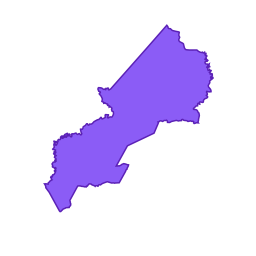 outline of Arizona, Atlántida, Honduras, rotated 222°
{"feature_id": "27666195B1306465468635", "entity_name": "Arizona", "entity_type": "district", "adm_level": 2, "iso_a3": "HND", "parent_name": "Honduras", "parent_adm1": "Atlántida", "projection": "orthographic", "projection_center": [-87.352, 15.642], "detail": "fine", "context": "isolated", "style": "filled", "palette": "violet", "viewbox_px": 256, "rotation_deg": 222, "n_neighbors": 0, "source": "geoboundaries", "source_scale": "gbopen_adm2", "svg_char_len": 5851}
<svg xmlns="http://www.w3.org/2000/svg" viewBox="0 0 256 256"><g transform="rotate(222 128 128)"><path d="M149.6,29.2L149.1,28.6L143.6,27.5L123.5,20.5L122.6,20.4L122.1,20.9L121.9,24.6L121.1,26.0L120.8,27.2L118.5,29.6L118.9,30.2L118.8,31.9L119.7,33.3L120.7,33.7L121.3,34.4L122.4,35.0L122.8,35.4L126.5,51.0L126.4,51.5L124.9,52.9L123.4,53.6L122.3,54.5L120.6,55.4L120.2,56.0L119.6,56.2L119.6,56.5L119.9,57.0L119.3,57.7L119.6,58.3L119.4,59.3L119.6,60.0L119.3,60.7L117.8,61.7L116.8,61.6L114.1,62.7L113.3,62.6L113.3,63.5L112.4,64.5L112.1,64.7L111.7,64.5L111.4,64.6L111.3,64.9L111.6,65.4L111.5,66.6L110.3,67.4L110.2,68.6L109.7,70.0L107.5,74.2L103.3,76.2L102.1,77.5L101.1,78.0L100.5,78.8L97.9,81.4L100.8,94.1L101.4,95.4L101.2,96.8L101.7,97.4L102.4,100.1L103.0,101.0L103.7,100.4L105.5,99.7L107.3,98.7L108.2,96.9L108.5,95.3L109.0,94.2L111.3,91.9L116.5,114.4L105.2,141.6L108.5,151.2L108.9,152.2L109.7,152.5L109.3,153.0L108.9,154.8L108.3,155.4L106.6,156.1L106.2,157.8L105.2,158.6L104.6,159.6L103.7,159.6L102.4,158.6L100.7,160.0L100.0,162.0L97.2,166.0L95.2,167.0L94.6,167.9L93.2,169.3L93.7,170.1L93.3,170.8L92.8,171.1L92.0,171.0L91.4,171.2L89.2,172.8L87.8,173.0L86.2,175.2L85.3,175.4L84.1,176.6L83.3,176.6L82.7,175.7L81.9,175.6L81.5,176.0L80.7,177.7L79.1,178.9L80.0,179.2L80.5,180.5L81.5,181.8L83.3,185.0L85.3,186.6L86.1,186.5L87.8,187.2L88.9,187.4L89.8,187.1L91.6,185.8L91.9,185.8L92.4,186.4L92.1,189.4L92.1,190.1L91.1,191.0L92.4,192.6L92.5,193.1L92.1,193.6L90.9,193.5L90.6,193.7L91.9,194.7L92.1,195.3L91.5,195.9L89.8,196.8L89.4,197.4L89.5,197.9L90.3,198.8L90.5,199.4L90.5,201.0L89.5,203.0L89.4,203.9L89.6,204.4L89.9,204.6L91.6,204.6L91.7,204.9L91.4,205.8L91.5,206.1L92.1,206.6L93.4,207.0L94.0,207.7L93.9,208.1L93.2,208.2L92.3,208.9L91.7,209.2L91.3,210.0L90.6,210.3L90.7,210.7L91.6,211.5L92.8,212.0L95.7,212.4L96.9,213.4L97.5,216.4L98.5,217.3L98.8,217.7L98.5,219.2L98.7,220.0L98.3,220.5L98.2,222.0L98.8,222.4L99.1,222.3L99.4,221.9L99.5,220.9L99.9,220.5L100.2,220.6L100.7,221.6L100.3,222.9L100.5,223.5L101.2,224.2L101.8,224.6L102.2,224.5L102.4,223.5L103.1,223.1L103.7,223.9L104.7,223.8L104.7,224.2L104.4,225.5L104.7,226.3L105.5,225.8L106.5,226.0L106.3,225.3L106.9,224.4L107.9,224.9L108.2,225.6L110.1,225.9L110.2,226.7L108.8,227.0L108.2,228.2L108.4,228.4L109.3,228.5L109.6,228.0L110.4,227.6L110.6,228.2L110.3,228.6L110.1,229.2L110.5,229.9L110.7,228.9L111.7,228.7L112.7,227.8L113.6,227.7L114.6,228.1L114.9,228.4L114.9,228.8L114.6,229.7L113.8,230.5L113.9,231.7L114.2,231.7L114.5,231.2L114.9,231.6L116.2,230.6L116.6,230.5L117.0,231.5L116.3,232.0L117.0,232.4L117.5,233.2L117.4,233.9L117.8,234.1L117.8,234.4L118.0,234.5L119.0,233.7L120.0,234.2L120.1,234.4L119.6,235.0L119.9,235.5L120.5,234.9L121.7,235.6L121.7,234.9L122.1,234.3L122.5,234.1L123.3,234.3L123.8,233.4L125.1,232.6L127.1,232.1L128.7,232.1L129.2,231.9L134.1,227.4L136.7,225.4L137.9,224.8L139.7,225.3L143.1,227.6L144.2,227.6L147.0,226.8L147.9,226.8L148.9,227.1L149.4,227.6L150.3,230.0L152.2,230.8L153.1,231.9L153.7,233.2L154.1,233.5L154.9,233.2L157.2,231.8L160.0,230.3L160.9,230.1L162.9,230.2L164.4,229.1L165.0,229.2L166.2,230.0L167.9,230.3L167.5,202.4L167.0,145.2L167.3,144.8L167.5,143.8L167.8,143.5L168.7,143.7L169.3,144.4L169.7,144.2L170.1,143.6L170.2,143.0L170.9,142.6L170.4,141.6L171.3,141.5L171.6,140.6L172.5,140.3L173.9,140.2L174.9,139.8L176.8,138.4L176.9,137.7L176.4,136.8L174.4,135.7L173.0,136.2L172.5,136.1L172.2,135.7L172.4,134.5L172.2,134.1L169.4,133.7L166.5,132.5L165.2,130.3L164.6,130.7L163.8,130.5L163.0,130.7L162.6,130.2L162.4,130.6L161.9,130.8L161.9,131.2L160.1,131.5L159.9,131.8L159.1,132.1L158.7,132.0L158.6,131.4L158.4,131.2L157.3,131.4L156.9,131.9L156.5,132.0L155.9,131.0L155.4,132.0L153.4,132.0L152.9,131.5L152.6,130.7L151.8,130.2L151.0,129.8L150.3,130.2L149.7,130.2L148.2,128.8L147.5,126.9L147.3,125.5L147.6,125.1L148.7,124.3L149.1,123.4L149.3,122.5L149.9,122.0L150.3,122.1L150.5,122.3L151.0,124.3L151.4,124.7L153.6,123.0L153.7,122.6L153.5,122.2L152.0,120.6L152.6,118.8L153.0,117.8L153.5,117.4L154.1,117.4L154.8,118.0L155.3,117.7L155.3,115.1L156.3,113.5L157.5,110.0L157.5,107.5L157.8,106.6L158.1,106.0L159.1,105.4L159.0,104.3L159.1,103.8L159.8,103.5L160.9,104.0L161.6,103.4L161.4,101.4L162.1,99.0L161.3,97.5L161.1,96.7L161.3,96.3L162.3,95.7L162.5,95.3L160.1,93.5L158.6,92.9L158.3,92.2L158.3,91.5L158.7,91.2L160.4,91.3L160.8,90.7L161.0,89.7L161.4,89.3L163.3,89.4L164.7,87.0L165.7,86.3L165.8,85.5L164.7,84.9L164.3,84.3L164.1,83.8L164.4,83.3L165.2,83.2L166.3,83.7L167.0,84.3L167.5,84.3L167.8,83.6L166.9,82.6L167.4,81.9L168.0,81.7L168.4,81.9L168.7,83.2L169.3,83.5L169.6,83.4L170.6,80.9L170.5,79.9L169.6,79.9L168.1,80.7L167.7,80.5L167.6,80.0L168.8,79.0L169.3,78.2L169.6,76.7L170.0,76.4L170.5,76.3L170.8,76.5L170.1,77.7L170.3,78.5L171.1,78.4L172.0,77.5L172.0,76.1L170.9,74.8L170.7,74.2L170.9,73.7L171.9,73.1L172.0,72.3L171.9,71.9L170.9,71.0L170.9,70.5L171.3,70.0L172.5,69.9L172.9,69.0L174.0,68.9L174.2,68.6L173.8,68.3L172.8,68.5L170.9,69.5L170.3,69.5L169.8,67.5L170.0,67.0L170.6,66.9L172.0,67.8L172.5,67.8L172.7,67.5L171.9,65.9L170.6,65.0L169.8,64.1L169.8,61.9L169.3,61.8L168.0,62.8L167.1,63.1L166.7,62.4L167.0,60.9L166.7,60.4L166.3,60.3L165.9,60.5L165.8,61.7L165.5,61.8L165.3,61.5L165.2,60.3L166.0,59.5L166.0,59.1L165.7,59.0L164.8,59.3L162.9,59.4L162.9,58.9L163.7,58.2L162.9,56.9L161.3,57.1L160.6,56.7L160.7,55.9L159.3,55.4L159.4,55.0L160.4,54.7L159.5,53.9L160.7,52.6L160.5,51.4L160.4,50.4L159.0,49.8L158.3,48.7L157.9,48.5L157.3,48.9L156.6,49.0L155.4,48.8L155.5,49.9L154.7,50.0L154.5,49.7L154.7,48.9L153.7,48.5L153.2,48.0L154.0,47.3L154.1,47.0L153.7,46.7L152.5,46.8L151.9,44.2L152.0,43.7L152.6,43.0L152.5,42.1L152.0,42.0L152.0,41.4L151.7,41.0L151.9,40.4L152.6,40.4L152.5,39.7L152.2,39.4L151.3,39.5L150.5,38.5L149.8,38.6L150.5,36.2L150.3,35.3L150.6,34.1L150.4,33.6L149.8,32.8L151.4,31.8L152.7,30.6L151.6,30.3L150.2,29.6L149.6,29.2Z" fill="#8b5cf6" stroke="#5b21b6" stroke-width="1.5"/></g></svg>